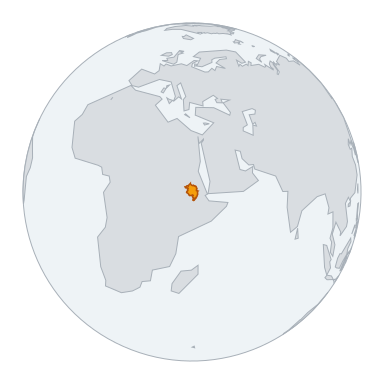 Amhara highlighted on a globe, orthographic projection, rotated 21°
{"feature_id": "ETH-3109", "entity_name": "Amhara", "entity_type": "Administrative State", "adm_level": 1, "iso_a3": "ETH", "parent_name": "Ethiopia", "parent_adm1": "", "projection": "orthographic", "projection_center": [38.049, 11.266], "detail": "fine", "context": "on_globe", "style": "filled", "palette": "amber", "viewbox_px": 384, "rotation_deg": 21, "n_neighbors": 0, "source": "natural_earth", "source_scale": "10m", "svg_char_len": 11155}
<svg xmlns="http://www.w3.org/2000/svg" viewBox="0 0 384 384"><g transform="rotate(21 192 192)"><circle cx="192" cy="192" r="169" fill="#eef3f6" stroke="#a8b0b8"/><path d="M142.1,30.6L138.4,31.8L136.6,32.4L142.1,30.6ZM119.7,39.3L114.1,42.1L108.8,45.0L106.3,46.4L110.4,44.4L99.7,50.9L91.2,57.9L88.5,59.8L85.0,61.6L87.1,59.6L97.4,52.0L108.3,45.2L119.7,39.3ZM84.5,61.7L82.4,63.4L84.5,61.7ZM77.2,68.1L76.3,68.8L76.0,69.2L78.1,67.4L75.6,69.8L73.8,71.2L77.2,68.1ZM23.6,177.9L23.5,180.2L23.2,188.1L23.1,192.1L23.3,194.6L23.4,197.5L26.9,207.1L30.9,217.2L32.3,227.3L31.8,236.8L38.2,259.8L38.9,263.5L34.0,251.9L30.0,240.0L26.9,227.9L24.7,215.5L23.4,203.0L23.0,190.5L23.6,177.9ZM157.5,26.6L158.0,26.5L155.3,27.1L154.4,27.3L157.5,26.6ZM146.5,29.7L147.8,29.1L150.5,28.5L146.5,29.7ZM158.7,26.4L159.7,26.2L160.9,25.9L161.3,25.9L158.7,26.4ZM171.3,24.3L170.9,24.4L171.3,24.3ZM165.4,25.3L158.6,26.5L155.6,27.4L153.2,28.0L158.4,26.5L165.4,25.3ZM162.8,25.6L166.7,25.0L165.3,25.2L163.0,25.6L162.5,25.6L162.8,25.6ZM165.0,25.4L166.6,25.1L165.0,25.4L165.0,25.4ZM173.3,24.1L173.6,24.0L174.9,23.9L173.3,24.1ZM169.6,24.8L167.4,25.1L167.0,25.1L169.6,24.8ZM171.7,24.4L173.4,24.2L168.2,24.9L171.6,24.4L171.7,24.4ZM174.5,24.0L175.3,23.9L174.2,24.0L174.5,24.0ZM172.5,25.0L166.0,25.8L165.1,25.6L171.5,24.8L172.5,25.0ZM273.4,44.0L276.3,45.8L288.8,54.4L288.8,53.7L292.7,56.3L306.9,68.2L321.9,86.3L327.3,92.1L330.2,96.3L331.4,99.1L327.1,93.1L324.7,91.2L322.1,87.7L322.5,91.1L318.8,86.2L320.9,91.7L324.4,95.4L325.5,93.8L328.9,101.4L334.9,108.0L340.0,116.9L344.3,134.2L342.2,140.7L343.0,143.8L339.9,140.9L339.3,147.7L347.7,163.8L348.6,168.9L345.9,179.9L345.2,176.1L337.2,168.6L338.1,181.1L344.3,190.0L346.5,201.6L342.8,198.8L340.3,188.7L337.4,185.7L336.4,175.0L330.7,160.0L326.8,163.9L325.5,157.6L317.0,146.0L310.5,151.5L301.3,170.1L302.8,186.4L298.4,194.3L286.3,172.2L281.3,157.0L276.6,159.0L264.4,147.1L242.4,148.1L239.6,144.3L235.4,146.4L226.8,142.9L222.5,136.7L217.2,137.4L228.7,153.8L234.4,153.2L239.6,146.4L241.6,152.5L249.9,157.5L239.8,173.0L207.6,187.8L205.0,175.7L183.1,143.1L184.1,139.5L184.0,139.1L183.7,138.4L181.2,144.3L177.6,138.0L188.8,160.5L190.4,170.4L207.2,188.5L205.5,190.5L211.0,194.2L229.3,188.9L229.3,193.0L220.4,212.3L195.4,238.4L199.0,255.4L197.8,269.6L183.0,279.1L185.0,289.8L177.5,293.5L177.5,299.5L171.9,305.7L162.2,311.3L144.9,310.7L143.2,305.4L133.6,294.5L120.0,267.9L123.7,256.0L121.9,246.3L109.5,224.0L112.1,212.2L109.0,206.8L102.3,207.6L98.8,201.2L94.8,200.7L70.8,202.3L64.0,193.4L57.1,167.9L61.8,158.9L63.5,147.8L96.8,114.4L102.8,117.2L127.8,114.5L130.8,116.0L126.7,124.1L144.6,135.4L151.7,128.7L169.0,135.0L181.2,135.0L187.5,119.6L167.5,119.1L165.2,111.6L182.1,105.5L199.7,106.8L199.4,104.0L189.1,97.6L194.1,92.7L185.7,95.0L188.4,97.9L183.2,99.7L180.4,97.3L182.3,95.5L177.2,94.1L169.6,103.8L171.5,107.7L157.7,109.2L159.6,116.1L155.5,119.2L150.8,108.8L152.0,105.1L142.3,94.2L139.8,98.1L148.8,108.9L145.5,107.9L142.2,114.1L142.2,108.7L133.1,96.7L121.3,98.6L104.5,113.3L98.0,114.1L93.2,110.6L101.0,95.3L114.8,95.2L117.8,90.5L116.4,83.6L120.7,84.4L121.9,81.8L127.3,81.8L136.2,76.1L141.9,75.8L146.8,68.5L150.4,67.5L146.4,71.9L146.8,75.2L161.0,75.4L164.2,74.0L166.2,69.4L169.9,70.4L170.0,66.0L178.9,64.7L168.2,62.9L170.3,58.4L176.4,55.2L175.2,53.6L165.3,58.9L163.1,61.4L164.2,63.9L156.4,71.5L151.3,72.7L152.1,64.1L144.8,65.1L148.7,58.7L173.2,47.2L182.6,45.6L195.4,51.6L192.4,54.0L186.3,52.9L190.7,57.8L190.9,55.5L194.0,56.6L196.8,53.2L199.0,53.9L197.8,49.8L200.9,50.2L201.7,52.8L208.5,48.9L215.3,49.4L215.8,48.3L214.3,46.9L224.0,48.9L223.9,48.0L220.6,47.0L218.3,44.7L218.0,41.7L221.4,42.5L222.0,43.7L228.2,47.8L229.2,51.3L230.5,51.4L230.5,48.6L222.9,43.5L221.7,41.5L225.8,43.5L224.3,42.6L224.8,41.9L228.4,42.1L224.1,39.9L225.0,32.9L232.1,33.3L235.6,35.4L239.8,33.2L247.5,34.9L244.5,33.8L244.5,32.7L242.1,32.1L240.7,31.6L239.5,29.9L241.4,30.4L257.8,36.4L273.4,44.0ZM84.2,131.9L83.1,135.1L84.2,131.9ZM217.9,116.6L228.8,117.1L224.8,107.7L228.6,107.3L225.9,104.4L224.4,107.0L217.7,99.4L222.8,96.7L221.9,92.9L218.2,92.6L210.1,98.9L219.6,109.5L216.7,113.4L217.9,116.6ZM78.1,67.2L77.4,67.9L76.7,68.5L77.9,67.4L78.1,67.2ZM80.1,67.2L76.1,71.1L78.5,68.5L76.7,69.7L79.7,66.2L87.4,60.7L83.4,63.6L80.1,67.2ZM85.8,60.6L83.0,63.0L85.7,60.7L85.8,60.6ZM123.0,69.2L124.3,70.8L121.5,73.6L114.4,75.4L118.3,71.2L123.0,69.2ZM126.8,72.6L129.7,64.4L134.2,63.5L131.2,65.3L133.9,65.5L129.8,68.6L131.3,76.2L129.0,79.3L117.0,80.0L122.2,77.9L120.6,76.2L126.8,72.6ZM128.9,49.7L130.2,47.4L138.4,48.1L136.3,50.3L129.0,51.8L127.2,50.2L128.9,49.7ZM132.5,34.0L132.4,33.9L133.8,33.4L134.9,33.1L132.5,34.0ZM127.1,36.0L126.9,36.1L131.0,34.6L133.2,33.8L140.9,31.0L145.0,29.7L151.2,28.0L151.5,28.0L153.5,27.5L152.9,27.7L149.9,28.4L151.2,28.2L146.4,29.5L146.9,29.5L134.0,34.1L133.3,34.1L126.6,37.4L122.1,38.9L126.6,36.6L118.2,40.6L120.5,39.2L114.9,42.0L125.4,36.7L126.3,36.3L127.1,36.0ZM173.7,29.8L170.5,29.4L172.3,31.4L167.5,31.7L168.0,31.9L164.1,32.9L160.3,34.7L158.3,34.6L157.6,35.4L155.0,36.2L153.5,37.3L149.3,37.8L147.1,39.2L146.4,38.7L143.6,41.1L143.8,39.6L140.4,40.9L142.1,41.7L123.4,44.1L115.4,47.2L108.7,50.8L109.9,48.3L116.9,43.6L126.5,38.8L134.0,36.6L133.2,36.1L136.5,35.0L135.8,35.8L138.9,34.0L141.5,33.4L150.0,30.6L153.0,28.9L156.2,28.1L156.3,28.5L159.4,27.4L161.8,27.7L164.1,27.2L168.8,27.2L167.7,28.7L170.4,28.0L174.1,28.4L173.7,29.8ZM173.7,25.0L173.4,26.1L170.6,26.9L163.6,26.6L161.2,27.0L156.6,27.3L160.7,26.2L161.6,26.1L163.5,25.9L161.4,26.3L164.5,25.8L165.8,25.8L168.6,25.5L167.7,25.9L173.7,25.0ZM134.8,113.1L137.2,113.6L141.1,113.4L139.1,117.6L134.8,113.1ZM128.4,105.0L130.7,104.6L129.7,109.8L127.3,109.6L128.4,105.0ZM132.7,100.1L130.9,104.2L130.4,101.8L132.7,100.1ZM148.6,71.5L151.2,71.0L151.1,72.1L149.4,73.7L148.6,71.5ZM178.2,37.7L176.8,36.9L177.8,36.5L177.9,34.2L181.5,34.1L182.8,35.4L178.2,37.7ZM183.7,122.1L179.7,125.0L178.0,123.6L179.7,122.8L183.7,122.1ZM158.0,121.3L163.5,123.4L157.4,122.4L158.0,121.3ZM182.1,37.2L181.8,36.2L183.8,36.8L182.1,37.2ZM184.1,33.9L186.6,34.4L182.0,33.8L184.1,33.9ZM249.3,335.1L250.3,336.5L247.7,336.8L249.3,335.1ZM227.1,266.6L216.1,291.4L208.0,291.8L206.2,284.7L210.1,269.8L219.4,265.2L223.9,258.2L227.1,266.6ZM356.5,224.7L357.1,224.8L356.9,225.6L356.5,224.7ZM356.1,222.6L357.0,222.1L355.6,224.4L356.1,222.6ZM357.3,222.0L358.2,219.8L358.6,218.3L358.3,219.9L357.3,222.0ZM355.3,223.1L349.5,225.5L346.8,224.4L347.8,221.3L352.3,220.4L355.3,223.1ZM347.6,221.3L342.8,214.9L333.4,194.0L336.9,193.6L346.1,205.2L345.6,207.8L348.5,213.2L347.6,221.3ZM357.5,202.9L356.9,210.4L354.1,211.1L352.6,210.6L351.7,201.6L352.2,196.6L353.6,196.2L356.7,178.2L358.2,181.4L357.7,188.8L358.8,194.6L357.5,202.9ZM303.6,187.9L307.7,197.1L305.1,199.1L303.6,187.9ZM356.3,166.4L356.2,174.0L355.8,164.1L356.3,166.4ZM355.2,157.4L356.0,160.8L354.8,157.7L355.2,157.4ZM344.5,148.4L343.1,149.8L342.3,147.4L343.5,144.3L344.5,148.4ZM343.8,124.6L346.6,131.5L347.4,133.9L345.4,130.0L343.8,124.6ZM212.2,37.8L207.9,40.8L207.3,43.6L210.6,45.9L204.1,44.3L205.1,40.0L212.2,37.8ZM223.0,33.3L220.1,31.8L222.5,32.0L223.5,32.3L223.0,33.3ZM220.4,32.7L214.7,32.0L213.8,30.9L218.5,31.7L220.4,32.7ZM198.4,33.7L196.9,34.5L195.3,33.9L198.4,33.7ZM329.7,289.8L328.2,291.9L328.2,291.3L331.7,286.2L338.7,272.5L339.1,272.5L343.3,262.9L349.8,251.7L354.9,236.8L351.4,248.0L347.1,259.0L342.0,269.7L336.2,280.0L329.7,289.8ZM358.8,218.7L357.7,224.1L359.0,217.5L359.1,217.2L358.8,218.7ZM360.7,201.6L360.6,203.6L360.6,202.4L360.7,201.6ZM359.4,195.8L359.6,200.2L360.4,196.5L359.8,201.3L359.8,208.3L359.4,211.4L359.5,203.7L358.7,212.3L358.3,212.5L358.5,205.4L359.2,196.3L359.6,192.3L360.7,189.5L359.4,195.8ZM361.0,193.5L360.9,189.4L360.8,185.8L360.9,187.3L361.0,193.5ZM360.0,177.4L358.9,171.9L358.7,174.8L358.3,165.4L359.6,172.1L360.0,177.4ZM357.8,164.7L357.7,167.3L357.3,162.0L357.8,164.7ZM357.2,165.4L356.4,161.3L356.9,161.5L357.2,165.4ZM358.1,164.7L356.7,157.6L357.7,161.5L358.1,164.7ZM354.0,152.4L356.5,158.3L354.7,156.5L350.9,143.4L351.4,142.6L354.0,152.4ZM333.6,100.1L331.5,96.9L330.9,95.8L332.6,98.3L333.6,100.1ZM329.6,93.9L330.0,94.6L332.1,98.2L333.1,99.5L336.6,105.3L333.2,100.4L329.2,93.8L328.3,92.1L324.9,87.6L329.6,93.9ZM297.4,59.9L290.1,54.5L287.3,52.5L290.5,54.7L297.4,59.9ZM239.3,31.3L237.6,30.6L239.0,30.8L239.3,31.3ZM233.5,29.0L233.1,29.2L232.1,28.6L233.5,29.0ZM232.5,29.9L232.3,29.1L234.5,30.4L232.5,29.9Z" fill="#d9dde1" stroke="#a8b0b8" stroke-width="1"/><path d="M186.4,187.8L186.4,187.7L186.5,187.7L186.5,187.4L186.5,187.2L186.4,187.1L186.5,187.0L186.5,186.9L186.8,185.8L187.2,185.2L187.3,184.9L187.4,184.6L187.6,185.1L188.1,185.2L188.5,185.5L189.1,185.8L189.2,185.7L189.4,185.6L189.5,185.6L189.8,185.7L189.8,185.8L190.4,185.8L190.5,185.8L190.9,185.6L191.0,185.5L191.1,185.3L191.1,185.2L191.5,185.3L191.9,185.5L192.0,185.5L192.2,185.4L192.3,185.3L192.5,185.4L192.9,185.3L193.0,185.3L193.1,185.2L193.3,185.3L193.2,185.5L193.4,185.5L193.5,185.4L193.8,185.4L193.8,185.5L194.0,185.8L194.6,186.4L194.7,186.5L194.8,186.8L195.0,186.9L195.3,186.8L195.4,187.0L195.5,187.2L195.5,187.3L195.5,187.5L195.3,187.9L195.3,188.0L195.4,188.4L195.4,188.7L195.5,188.8L195.6,189.0L195.8,188.9L196.3,188.9L196.3,189.0L196.6,188.9L196.8,188.9L197.0,188.9L196.9,189.0L197.0,189.2L197.0,189.3L197.0,189.5L197.1,189.9L197.2,190.0L197.3,190.0L197.3,190.3L197.3,190.5L197.5,190.8L197.6,191.1L197.8,191.3L197.8,191.6L197.9,191.8L198.0,191.9L198.1,192.1L198.2,192.3L198.2,192.5L198.0,192.9L198.1,193.0L198.1,193.3L198.0,193.5L198.1,193.8L198.1,194.0L198.2,194.3L198.1,194.5L198.1,194.8L198.0,195.0L198.0,195.3L197.9,195.4L197.7,195.4L197.6,195.5L197.8,195.7L197.9,195.8L197.9,196.0L197.7,196.3L197.8,196.4L197.7,196.5L197.4,196.4L197.2,196.5L197.4,196.9L197.4,197.0L197.3,197.3L197.2,197.4L197.1,197.5L197.3,197.7L197.4,197.9L197.3,198.0L197.2,198.1L197.1,198.3L197.0,199.0L196.9,199.1L196.6,199.2L196.5,199.3L196.4,199.4L196.2,199.3L196.1,199.2L195.8,199.3L195.7,199.3L195.6,199.1L195.6,198.8L195.8,198.4L195.8,198.2L195.6,198.2L195.5,197.9L195.9,197.8L196.1,197.7L196.1,197.4L195.9,197.3L195.7,197.3L195.7,197.2L195.4,196.8L195.1,196.7L194.5,196.6L194.4,196.5L194.3,196.4L194.2,196.2L194.2,195.9L193.8,195.7L194.0,195.5L194.2,195.4L194.4,194.8L194.4,194.7L194.0,194.6L193.3,194.6L193.2,195.0L193.1,195.3L192.9,195.4L192.7,195.4L192.5,195.5L192.4,195.6L192.2,195.6L191.8,195.8L191.7,195.9L191.5,196.0L191.3,196.1L191.2,196.2L190.7,196.0L190.7,195.9L190.5,195.7L190.2,195.6L189.9,195.7L189.7,195.4L189.5,195.2L189.3,195.0L189.2,194.9L188.7,194.8L188.6,194.7L188.4,194.7L188.2,194.6L187.8,194.6L187.7,194.6L187.6,194.4L187.3,194.4L187.2,194.3L187.1,194.2L187.0,193.9L187.2,193.4L187.0,193.5L187.0,193.4L187.0,193.1L187.2,192.9L187.3,192.8L187.4,192.7L187.5,192.5L187.4,192.4L187.4,192.2L187.5,192.0L187.5,191.9L187.4,191.6L187.3,191.4L187.2,191.0L187.1,190.9L187.1,190.6L187.1,190.4L186.9,190.5L186.6,190.7L186.6,190.8L186.5,190.7L186.4,190.6L186.4,190.4L186.2,190.1L186.0,189.9L185.9,189.8L185.7,189.8L185.7,189.7L185.4,189.7L185.3,189.9L185.3,190.0L184.9,190.3L184.7,190.4L184.4,190.4L184.2,190.3L184.0,190.0L183.9,189.9L184.0,189.9L184.1,189.7L184.2,189.4L184.3,189.3L184.4,189.2L184.5,189.0L185.0,188.1L185.2,187.9L185.3,187.8L186.2,187.7L186.3,187.7L186.4,187.8Z" fill="#f59e0b" stroke="#b45309" stroke-width="1.5"/></g></svg>